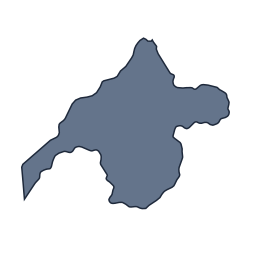 Western, Mercator projection, rotated 12°
{"feature_id": "KEN-891", "entity_name": "Western", "entity_type": "Province", "adm_level": 1, "iso_a3": "KEN", "parent_name": "Kenya", "parent_adm1": "", "projection": "mercator", "projection_center": [34.624, 0.494], "detail": "fine", "context": "isolated", "style": "filled", "palette": "slate", "viewbox_px": 256, "rotation_deg": 12, "n_neighbors": 0, "source": "natural_earth", "source_scale": "10m", "svg_char_len": 3503}
<svg xmlns="http://www.w3.org/2000/svg" viewBox="0 0 256 256"><g transform="rotate(12 128 128)"><path d="M129.4,38.9L132.4,38.3L132.6,38.3L133.4,36.8L134.7,38.4L139.0,42.2L139.3,45.0L142.0,49.1L157.4,65.2L158.1,65.7L158.8,66.0L159.6,66.2L160.5,66.3L161.3,66.5L162.0,66.9L162.4,67.6L162.6,68.6L162.3,70.4L162.2,71.8L162.3,73.3L163.0,75.1L163.6,76.1L164.2,76.8L165.5,77.5L166.2,77.8L167.0,78.0L167.9,78.2L173.4,77.5L176.5,76.5L180.7,75.5L181.5,75.4L182.4,75.4L183.2,75.7L183.9,76.0L184.7,76.2L185.5,76.2L186.2,75.8L186.7,75.4L189.4,71.9L189.9,71.3L190.4,70.9L191.0,70.5L191.8,70.2L192.6,69.9L197.3,69.4L205.9,69.7L206.7,69.8L207.4,70.1L208.6,70.9L210.0,71.6L210.8,71.8L212.4,72.3L215.3,73.3L216.3,73.8L216.7,74.1L217.1,74.5L217.4,74.9L217.7,75.4L218.4,77.5L221.1,81.1L221.5,81.9L221.7,84.2L221.6,88.0L221.8,88.5L222.0,89.0L222.9,90.0L223.4,90.7L223.7,91.6L223.8,93.0L223.7,94.0L223.3,95.1L222.8,95.9L221.6,97.0L221.0,97.5L217.5,99.3L216.9,99.9L216.4,100.7L215.6,103.4L215.0,104.4L214.0,105.4L211.2,107.2L210.8,107.4L210.2,107.6L209.5,107.6L207.7,107.5L207.0,107.2L205.6,106.6L204.9,106.3L204.0,106.2L203.1,106.3L201.5,106.7L198.9,108.1L198.3,108.2L197.8,108.3L197.0,108.4L196.1,108.3L194.2,107.8L193.7,107.8L193.4,107.8L192.8,108.0L192.2,108.4L191.6,109.0L187.8,114.8L186.7,115.8L185.7,116.4L184.8,116.4L184.0,116.3L183.2,116.1L181.2,115.1L180.3,114.9L179.5,114.8L178.6,114.9L177.8,115.1L177.0,115.4L175.0,116.5L174.4,117.8L174.0,119.8L173.7,126.2L173.9,127.3L175.6,128.4L181.8,131.3L182.4,131.8L182.9,132.3L183.3,132.9L185.3,137.1L185.8,139.8L187.3,144.4L187.5,145.3L187.5,146.2L186.2,155.9L186.3,157.8L187.0,160.2L187.6,161.6L188.0,162.3L188.3,163.0L188.3,164.1L187.9,165.5L186.6,168.4L185.3,173.6L184.8,175.1L183.3,176.9L178.9,180.3L177.3,181.8L176.6,182.6L175.9,183.8L174.8,186.1L173.7,189.4L170.9,192.9L164.6,199.3L162.1,203.0L158.6,203.9L156.3,203.8L153.3,203.1L152.1,203.2L150.9,203.5L147.5,204.6L146.2,204.8L145.2,204.7L141.7,203.0L138.3,202.0L137.4,202.0L134.9,202.6L130.9,204.3L129.0,204.9L127.7,205.0L126.6,204.8L125.7,204.2L125.1,203.7L124.7,203.0L124.4,202.5L124.2,201.9L124.3,201.3L124.7,199.9L124.9,199.2L125.6,197.9L126.2,196.3L126.2,191.8L126.5,190.1L126.6,189.3L126.4,188.5L126.1,187.9L125.3,187.2L121.4,184.7L118.7,183.6L117.5,182.6L117.1,181.7L117.5,179.3L117.6,178.5L117.2,177.9L109.1,169.6L108.7,169.0L108.4,168.3L108.2,167.4L108.2,164.5L107.8,161.8L107.2,160.3L106.7,159.5L104.0,156.7L102.7,156.2L101.6,156.0L100.8,156.2L99.4,156.8L98.1,157.6L97.3,157.9L96.5,158.0L94.7,157.8L86.7,156.2L85.4,156.2L84.3,156.2L83.4,156.4L82.7,156.7L82.0,157.0L80.9,157.7L80.6,158.0L80.2,158.4L79.9,159.0L78.8,161.9L78.4,162.5L77.9,163.1L77.3,163.6L76.4,164.0L75.1,164.1L72.4,163.9L71.0,164.0L70.1,164.3L65.6,167.0L62.9,169.8L62.6,170.3L62.3,170.9L61.7,173.4L61.2,176.6L61.1,181.4L61.0,182.1L60.6,183.3L60.3,183.8L60.0,184.1L57.1,185.1L55.8,185.8L54.0,187.0L52.5,188.4L52.1,188.7L51.8,189.3L51.5,190.0L51.4,190.8L51.4,191.8L51.8,194.4L51.8,195.2L51.6,196.0L51.3,196.7L49.0,200.5L48.5,201.5L41.5,219.2L36.9,203.8L32.2,188.4L32.7,185.4L41.4,173.8L42.7,172.1L54.7,156.1L60.1,151.9L61.4,149.9L61.8,146.9L60.1,141.4L59.9,138.7L60.6,137.3L63.2,134.3L64.2,132.7L64.7,131.4L68.3,116.7L68.4,116.2L71.0,111.6L75.4,108.5L81.5,106.3L86.3,103.9L89.9,100.0L92.3,93.6L92.9,90.1L93.2,88.3L94.5,86.9L104.1,82.1L106.7,79.8L108.8,73.8L113.1,68.2L117.0,58.6L117.9,55.5L117.9,52.2L118.0,48.8L118.7,45.6L120.0,42.6L121.5,39.9L124.5,36.9L127.0,37.5L129.4,38.9Z" fill="#64748b" stroke="#1e293b" stroke-width="1.5"/></g></svg>